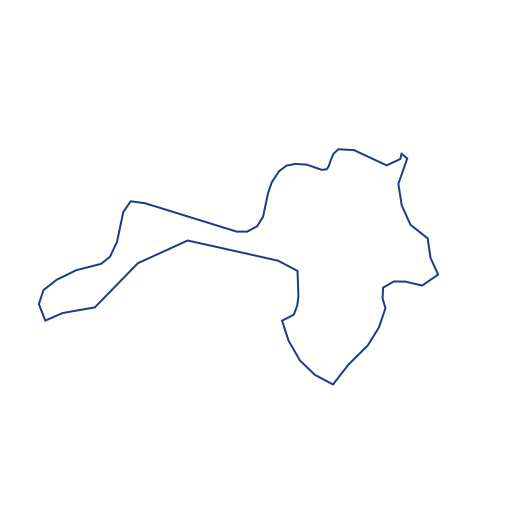 Taraclia, Robinson projection, rotated 210°
{"feature_id": "MDA-1625", "entity_name": "Taraclia", "entity_type": "District", "adm_level": 1, "iso_a3": "MDA", "parent_name": "Moldova", "parent_adm1": "", "projection": "robinson", "projection_center": [28.676, 45.978], "detail": "fine", "context": "isolated", "style": "outline", "palette": "blue", "viewbox_px": 512, "rotation_deg": 210, "n_neighbors": 0, "source": "natural_earth", "source_scale": "10m", "svg_char_len": 918}
<svg xmlns="http://www.w3.org/2000/svg" viewBox="0 0 512 512"><g transform="rotate(210 256 256)"><path d="M406.2,94.7L420.0,105.8L423.0,120.3L416.6,136.0L404.6,153.8L386.2,171.8L382.1,182.3L383.4,198.6L392.9,227.7L391.9,240.7L378.5,246.2L285.1,267.4L275.8,272.7L269.9,282.4L269.5,293.5L277.0,316.5L279.2,327.6L278.4,341.0L274.8,349.5L268.0,355.4L257.7,360.5L242.1,363.5L238.1,366.5L237.9,370.3L239.2,376.3L240.0,383.2L238.1,389.6L224.1,396.7L188.2,399.8L179.5,412.2L181.1,417.3L180.9,417.3L173.8,416.1L168.8,389.7L155.1,372.7L137.7,360.2L116.1,357.1L104.0,341.7L89.0,331.0L97.3,313.5L113.8,308.5L123.9,302.9L130.1,292.2L125.3,282.7L117.8,275.5L113.8,255.4L114.5,234.2L121.6,208.3L125.1,183.2L145.6,182.5L165.7,187.5L185.4,198.9L201.1,213.0L193.9,224.1L195.5,233.6L199.1,242.3L212.6,263.8L234.5,263.0L323.0,235.2L354.7,190.7L369.9,130.9L394.8,110.1L406.2,94.7Z" fill="none" stroke="#1e3a8a" stroke-width="2"/></g></svg>